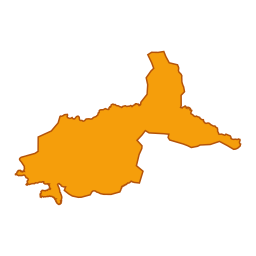 Bu'rentogtox, Hövsgöl, Mongolia
{"feature_id": "93677404B18763556334641", "entity_name": "Bu'rentogtox", "entity_type": "district", "adm_level": 2, "iso_a3": "MNG", "parent_name": "Mongolia", "parent_adm1": "Hövsgöl", "projection": "mercator", "projection_center": [99.405, 49.514], "detail": "fine", "context": "isolated", "style": "filled", "palette": "amber", "viewbox_px": 256, "rotation_deg": 0, "n_neighbors": 0, "source": "geoboundaries", "source_scale": "gbopen_adm2", "svg_char_len": 5779}
<svg xmlns="http://www.w3.org/2000/svg" viewBox="0 0 256 256"><path d="M147.8,54.7L151.7,62.8L153.7,68.3L150.9,71.1L146.2,77.8L147.7,84.7L147.1,94.3L140.9,102.2L140.6,104.5L140.2,104.6L140.0,105.2L139.1,105.6L138.9,105.4L138.8,105.1L139.0,104.7L138.7,104.3L138.0,104.0L137.4,104.2L136.7,103.8L136.0,103.7L135.3,103.9L135.2,104.5L133.1,105.5L132.8,105.8L132.5,106.4L132.2,106.6L131.8,106.6L131.3,105.8L130.8,105.5L130.4,105.6L129.3,106.3L128.3,106.2L126.9,106.5L126.3,106.4L125.6,105.8L125.1,105.8L122.5,106.5L122.4,106.6L122.4,107.0L121.7,107.5L121.0,107.0L119.8,106.7L118.5,105.9L116.4,105.6L115.1,104.5L113.8,104.7L113.1,104.1L112.8,104.1L111.3,104.8L110.6,107.0L110.4,107.1L109.9,106.8L109.2,107.6L108.9,108.3L108.9,109.1L108.7,109.4L108.2,109.5L107.0,109.3L105.3,108.6L103.2,109.7L101.0,109.8L100.2,109.9L99.3,110.6L99.1,112.4L98.8,112.8L98.3,112.9L97.7,115.1L96.6,115.9L96.1,116.5L93.7,117.4L92.9,117.9L92.5,118.6L91.0,119.1L88.9,118.8L86.2,119.0L85.8,119.3L84.7,120.6L83.4,121.2L82.8,121.1L81.9,120.4L80.7,120.5L80.0,120.3L79.5,119.6L79.2,117.2L78.9,116.8L78.0,116.1L76.5,116.6L74.8,118.7L74.0,119.0L72.9,118.6L72.1,117.5L70.9,118.2L70.0,118.4L69.2,118.3L67.8,117.7L67.4,117.3L67.1,116.5L67.5,115.7L67.5,114.7L67.4,114.4L64.9,114.6L63.9,115.0L63.5,115.5L61.5,116.3L60.4,116.1L60.0,116.5L58.1,123.0L51.3,131.0L38.2,137.0L38.1,151.3L35.0,153.4L21.1,157.3L19.9,158.3L19.5,159.1L19.7,159.7L20.1,160.5L21.4,162.0L24.3,166.4L24.3,167.9L24.5,168.6L24.1,169.5L24.0,170.5L24.3,171.3L23.1,171.0L22.7,171.3L23.3,171.5L23.2,171.6L22.6,171.9L21.8,171.5L21.2,171.7L20.8,171.3L21.1,170.9L20.3,170.3L18.3,170.5L18.2,170.6L18.4,170.8L17.8,171.3L17.7,171.8L17.0,172.1L17.0,172.5L16.5,173.5L16.1,173.8L15.5,174.0L15.4,174.2L15.5,174.7L16.6,174.6L18.8,175.7L19.9,175.4L20.7,175.6L22.2,175.5L23.7,175.0L24.6,175.2L25.5,176.4L26.1,177.7L27.5,178.2L28.0,178.8L28.2,179.5L27.9,180.5L27.2,181.0L27.2,182.1L27.7,183.2L27.3,183.7L27.2,183.5L27.0,183.9L26.6,183.9L26.1,184.5L26.4,184.9L26.9,185.0L27.4,185.0L27.9,184.3L29.2,184.5L31.8,183.7L33.3,183.6L34.3,183.7L34.9,183.4L35.4,182.8L37.6,183.0L39.6,182.0L41.4,182.2L42.6,181.7L43.7,181.8L43.7,182.1L43.4,182.3L43.5,182.7L44.0,183.3L44.9,183.9L46.1,184.0L47.5,183.7L48.6,183.9L48.2,184.1L48.1,184.4L48.4,184.6L49.0,185.5L49.4,185.3L49.5,187.6L50.5,188.6L50.5,188.9L50.0,189.4L48.9,189.1L48.3,189.2L47.4,190.3L46.2,190.2L45.5,190.8L42.2,190.3L41.8,190.8L41.5,191.3L41.0,191.5L41.2,192.7L41.2,193.0L40.7,193.6L40.7,193.9L40.4,193.8L40.4,194.1L40.2,194.2L40.1,194.5L40.3,195.1L40.2,195.8L40.4,196.4L40.3,196.9L40.6,197.1L41.1,196.7L41.3,196.9L41.4,196.3L41.8,196.6L42.6,196.4L43.4,197.0L44.6,196.7L45.5,196.8L47.5,196.3L47.9,196.6L48.1,196.4L48.6,196.4L49.4,196.0L50.1,196.4L50.3,196.2L51.8,196.4L52.3,196.8L52.9,197.0L53.0,197.2L53.6,197.3L53.9,197.7L54.0,197.6L53.9,197.4L54.1,197.5L54.1,198.0L54.5,198.1L54.5,198.5L54.9,198.8L54.9,199.0L55.3,199.0L55.0,199.2L55.0,199.4L55.3,199.3L55.7,199.6L55.9,201.0L56.1,201.2L56.0,201.6L56.5,201.8L56.5,202.2L56.9,202.8L56.9,203.0L58.3,204.2L59.0,204.5L59.5,204.1L59.8,203.9L60.3,203.9L60.3,203.5L60.6,203.1L60.9,203.1L60.8,202.8L61.1,202.6L60.8,202.3L60.9,202.1L60.9,201.8L61.1,201.6L60.8,201.5L60.7,201.1L61.0,201.2L61.3,200.8L60.9,200.7L61.3,200.0L61.8,197.8L61.7,196.5L61.2,194.9L60.7,193.9L60.5,192.8L59.8,192.0L59.7,190.5L59.1,188.3L57.6,184.7L57.6,184.4L58.5,183.6L59.3,183.6L59.5,184.1L60.8,184.8L61.1,185.7L62.1,186.4L62.7,186.5L63.7,186.9L65.6,186.9L64.3,190.4L68.9,194.0L72.3,196.0L78.4,197.3L81.4,197.2L90.2,194.8L91.9,191.8L93.1,190.9L94.1,190.8L95.6,191.1L96.3,191.8L96.8,192.1L98.3,192.5L100.4,193.6L103.7,194.3L111.0,194.4L119.9,191.9L120.1,191.4L120.1,191.1L120.7,190.2L120.9,189.2L121.5,188.3L121.4,187.9L121.8,187.5L121.7,186.8L122.1,186.5L122.5,186.4L122.5,186.2L122.8,186.3L122.9,186.1L123.8,185.9L123.9,185.5L124.2,185.3L124.4,185.3L124.4,185.0L125.1,185.0L125.4,184.7L125.8,184.7L125.9,184.4L126.5,184.3L126.8,184.1L126.9,183.7L127.8,183.0L128.3,183.1L129.6,182.7L130.9,181.3L131.4,181.2L132.1,181.6L132.2,181.9L132.7,182.0L132.9,181.9L134.1,182.4L139.4,183.0L143.0,171.2L136.4,165.7L139.1,154.5L141.8,148.5L142.0,145.8L137.0,140.3L141.9,135.1L145.3,130.6L149.1,132.9L163.7,133.7L168.8,134.2L168.1,137.5L169.7,140.0L183.3,144.0L187.7,145.7L191.3,147.5L197.6,146.3L200.1,145.0L210.2,144.5L219.5,141.4L227.4,145.6L233.6,149.3L235.4,149.1L236.8,148.6L238.2,147.8L240.2,145.9L240.3,145.0L240.6,144.3L240.6,144.0L239.9,143.8L239.7,143.5L239.4,142.1L239.5,141.7L240.0,140.7L239.9,139.5L238.9,139.4L238.7,139.0L237.3,139.5L235.5,139.2L233.5,139.4L232.3,139.2L231.0,138.5L231.0,137.4L230.5,136.3L230.1,135.8L227.9,135.0L226.4,134.3L225.8,134.2L225.2,135.0L224.7,135.2L221.6,134.1L219.8,134.3L218.7,134.0L218.4,132.6L217.6,131.4L217.6,130.7L217.7,129.9L217.5,129.2L217.4,128.1L215.5,127.0L215.4,126.4L215.2,126.2L214.7,126.0L213.5,126.1L210.5,124.5L209.8,123.7L209.0,123.2L207.9,123.0L205.9,123.4L205.1,123.1L204.5,122.2L203.6,121.6L203.5,120.1L203.3,119.7L202.3,119.7L201.7,119.5L199.9,118.3L199.8,117.5L198.6,117.0L198.0,116.9L197.5,116.6L197.2,116.6L196.5,116.1L195.3,116.5L194.9,116.5L193.7,115.8L192.8,114.8L191.0,113.7L190.8,113.3L190.9,112.4L191.8,110.6L191.6,110.2L190.8,110.2L190.1,110.0L190.0,109.7L190.5,109.4L190.5,108.8L189.7,107.9L188.8,107.4L188.4,107.5L188.1,108.0L187.9,107.3L187.3,107.3L186.8,107.5L186.5,108.1L186.3,108.1L186.2,108.0L186.1,107.2L185.8,106.5L185.5,106.1L185.0,106.0L184.5,106.6L182.8,107.2L182.1,108.0L181.3,107.4L180.8,107.4L180.3,108.0L181.2,105.6L181.1,95.3L184.5,91.7L183.6,86.8L182.9,85.4L181.9,82.1L181.8,80.8L181.8,78.9L181.7,78.0L181.8,75.7L181.0,74.2L178.8,71.9L178.4,70.3L178.6,69.3L178.7,67.9L178.1,66.1L177.7,65.6L177.5,64.8L169.2,62.8L165.8,56.5L163.8,51.5L158.2,52.4L151.6,52.3L147.8,54.7Z" fill="#f59e0b" stroke="#b45309" stroke-width="1.5"/></svg>